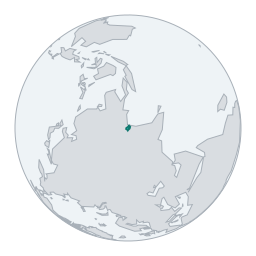 Dhaka on an orthographic globe, rotated 207°
{"feature_id": "BGD-1806", "entity_name": "Dhaka", "entity_type": "Division", "adm_level": 1, "iso_a3": "BGD", "parent_name": "Bangladesh", "parent_adm1": "", "projection": "orthographic", "projection_center": [90.348, 24.137], "detail": "fine", "context": "on_globe", "style": "filled", "palette": "teal", "viewbox_px": 256, "rotation_deg": 207, "n_neighbors": 0, "source": "natural_earth", "source_scale": "10m", "svg_char_len": 11287}
<svg xmlns="http://www.w3.org/2000/svg" viewBox="0 0 256 256"><g transform="rotate(207 128 128)"><circle cx="128" cy="128" r="113" fill="#eef3f6" stroke="#a8b0b8"/><path d="M169.7,23.4L174.2,26.1L179.0,28.7L175.3,27.1L186.7,33.5L191.4,37.5L184.0,32.0L181.7,30.8L183.8,32.9L181.8,32.2L181.7,32.9L179.2,32.0L175.1,29.2L173.4,28.7L175.0,30.2L173.5,30.5L171.4,28.3L168.5,28.7L161.1,24.8L157.6,20.8L151.4,19.1L142.3,16.4L141.0,16.4L136.8,15.8L133.7,15.7L132.9,15.5L131.2,15.6L132.6,15.8L132.3,15.9L130.6,16.0L129.2,15.7L129.9,15.6L128.6,15.6L127.7,15.6L126.2,15.4L125.2,15.7L122.0,15.7L121.7,15.6L125.0,15.4L125.9,15.4L134.9,15.6L143.8,16.5L152.6,18.1L161.3,20.4L169.7,23.4ZM182.9,30.9L181.5,29.8L183.5,31.1L182.9,30.9ZM182.2,33.2L183.2,33.8L182.7,34.0L182.2,33.2ZM178.4,32.8L177.3,33.0L177.7,32.2L178.4,32.8ZM176.2,32.8L173.6,33.7L175.6,35.0L168.4,32.2L173.0,32.1L173.2,30.9L174.5,32.1L176.2,32.8ZM133.7,15.8L132.2,15.6L135.0,15.8L133.7,15.8ZM135.6,16.0L144.5,16.9L145.9,17.5L142.6,16.9L145.7,17.8L141.9,17.6L139.4,17.1L139.3,16.7L138.0,16.9L135.6,16.0ZM164.9,30.6L163.6,30.5L164.1,30.1L164.9,30.6ZM132.4,16.0L134.0,16.1L135.4,16.5L132.2,16.5L132.8,16.4L132.4,16.0ZM148.3,18.3L148.7,18.8L145.8,18.7L145.6,18.9L142.0,17.7L148.3,18.3ZM131.7,16.3L130.6,16.6L128.5,16.5L130.8,16.1L131.7,16.3ZM137.0,16.7L137.5,16.9L136.2,16.8L137.0,16.7ZM120.3,16.6L122.3,16.4L123.2,16.6L120.3,16.6ZM130.4,16.7L131.1,16.8L131.7,16.9L130.5,17.0L130.4,16.7ZM140.2,17.8L138.9,17.7L141.5,18.2L139.4,18.4L137.4,17.6L137.4,18.0L136.8,18.0L135.8,17.4L140.2,17.8ZM131.1,17.6L127.8,17.0L123.9,17.1L123.0,16.9L129.4,16.8L131.1,17.6ZM133.9,17.5L132.0,17.5L131.9,17.1L133.2,16.9L133.9,17.5ZM138.8,18.8L142.5,18.8L142.8,19.0L138.8,18.8ZM130.0,17.7L130.8,17.9L129.7,17.8L130.0,17.7ZM136.1,18.5L137.4,18.4L137.7,18.6L136.1,18.5ZM131.4,18.4L130.3,18.1L131.2,17.9L131.4,18.4ZM133.6,18.5L133.7,18.8L132.1,18.0L134.1,18.4L133.6,18.5ZM136.2,18.7L136.8,18.8L135.6,18.7L136.2,18.7ZM128.8,19.4L126.6,18.5L128.5,18.0L130.4,18.9L128.8,19.4ZM30.7,71.3L37.1,63.8L36.0,67.1L39.6,71.5L39.5,73.2L35.8,77.5L35.9,89.0L39.8,86.2L43.1,94.2L47.4,96.9L54.7,88.3L47.7,83.6L49.7,78.2L57.9,77.9L64.6,82.6L65.6,80.6L64.1,74.2L68.4,72.1L63.9,71.8L63.7,74.3L60.9,74.3L60.9,72.1L62.4,71.3L61.2,69.4L54.3,74.0L53.3,77.0L48.5,74.9L46.3,79.9L44.0,81.0L46.7,73.1L48.6,70.9L51.3,61.5L48.9,63.5L46.2,72.6L45.8,71.3L42.6,74.6L44.7,71.0L48.4,61.0L45.8,59.4L37.7,65.0L37.3,63.9L39.1,60.4L46.8,52.2L47.0,55.6L49.8,53.2L53.9,48.2L53.6,49.8L55.3,48.3L55.8,49.6L60.6,47.9L61.7,49.0L67.5,45.2L68.8,45.5L65.0,47.5L62.9,49.8L66.2,53.3L67.9,53.0L71.5,50.4L71.9,51.9L74.9,48.9L78.7,50.0L76.6,46.4L80.6,43.8L85.1,43.0L86.0,41.6L78.8,43.0L76.3,44.2L74.7,46.2L67.5,49.6L65.5,49.1L71.7,43.5L69.5,42.5L75.2,39.0L91.2,36.7L95.9,37.6L95.3,44.6L91.9,45.6L90.5,43.5L88.2,47.9L90.1,46.3L90.5,47.7L94.5,46.0L94.9,46.9L98.0,43.8L99.0,44.8L97.0,46.7L103.8,45.5L106.9,47.2L108.2,46.5L108.7,45.3L112.4,48.6L113.2,47.9L112.3,46.6L113.3,44.5L116.5,42.3L117.6,43.5L116.6,44.5L116.1,48.7L113.2,51.3L114.0,51.7L116.8,49.7L117.4,44.5L119.0,42.9L119.2,45.2L119.3,44.2L120.4,43.8L122.6,44.6L122.6,42.1L133.8,37.1L139.1,38.6L138.0,41.0L147.0,39.9L152.3,42.4L151.5,41.0L155.2,40.0L153.6,39.2L153.5,38.5L162.4,36.4L165.3,37.1L168.2,35.4L167.8,34.8L165.8,34.0L168.4,32.2L175.6,35.0L176.2,36.1L180.3,37.4L181.1,40.1L183.7,43.1L182.1,45.8L184.3,48.2L185.6,48.5L189.6,52.2L193.0,59.7L184.2,52.5L177.9,42.6L180.0,46.3L177.7,45.3L177.3,46.5L178.9,49.4L180.2,49.9L173.6,54.5L173.8,63.0L178.2,62.1L181.6,64.5L185.7,75.0L180.3,90.5L184.9,95.1L185.7,98.3L182.8,100.6L181.6,95.9L178.0,94.5L177.8,91.6L172.8,94.3L172.2,90.4L168.6,94.6L170.8,97.6L175.4,96.5L172.5,102.3L178.2,107.4L179.6,114.0L172.8,126.5L164.6,130.7L164.3,132.8L160.6,130.6L156.4,135.0L163.6,146.5L163.6,149.9L156.5,156.7L156.2,154.2L146.6,148.3L145.2,156.4L152.5,162.8L155.0,170.4L149.5,168.2L146.9,161.5L143.5,159.3L144.2,152.3L140.8,141.8L135.3,143.8L135.4,139.5L129.9,130.7L121.8,133.1L109.1,143.5L107.8,154.1L103.3,158.2L96.7,142.1L96.1,131.4L92.2,131.8L86.7,121.9L72.8,118.2L72.2,115.1L69.3,115.7L65.6,111.7L65.1,106.8L62.2,106.1L63.9,119.1L67.1,119.9L71.6,116.5L71.3,120.8L75.0,125.7L66.2,133.6L47.8,136.2L48.2,128.0L45.9,102.5L47.2,100.4L47.3,100.1L47.4,99.6L44.9,102.9L45.2,98.0L44.1,114.9L42.9,121.5L47.5,136.6L46.5,137.5L48.7,141.0L58.3,141.5L57.9,144.0L52.0,154.2L40.6,165.2L43.4,176.4L44.8,184.8L40.6,187.3L43.9,194.2L42.2,194.7L44.0,198.3L44.3,200.7L43.6,201.8L39.3,197.5L36.8,194.0L31.1,185.3L22.2,166.1L20.8,159.8L19.4,153.5L16.6,136.8L17.0,130.0L16.9,126.0L16.2,124.8L16.3,119.9L16.1,118.7L16.0,116.3L17.1,108.4L18.7,100.7L20.9,93.0L23.7,85.6L26.9,78.3L30.7,71.3ZM30.6,72.1L29.5,73.9L30.6,72.1ZM69.3,92.8L74.7,95.4L76.2,88.4L78.5,88.9L78.2,86.5L76.3,87.9L76.2,81.5L79.9,80.8L81.3,78.1L79.5,77.1L72.6,79.5L72.8,88.5L69.9,90.5L69.3,92.8ZM64.2,40.0L63.0,41.5L60.9,42.7L59.5,42.1L62.6,40.2L64.2,40.0ZM61.9,43.3L68.4,38.4L69.5,38.8L67.7,39.3L67.8,40.1L65.1,41.2L59.8,46.8L57.6,48.3L56.2,45.9L57.9,45.8L59.0,44.2L61.9,43.3ZM82.9,27.8L85.7,26.4L84.5,29.0L82.0,30.1L80.5,29.3L82.5,27.7L82.9,27.8ZM117.2,16.0L118.4,15.8L118.8,15.8L118.1,15.9L117.2,16.0ZM116.4,16.0L115.3,16.1L116.2,16.1L120.9,15.9L127.4,15.7L128.3,16.1L127.3,16.4L125.9,16.5L125.7,16.2L124.0,16.5L122.6,16.2L121.2,16.5L112.6,16.8L113.5,16.6L107.4,17.5L107.3,17.3L111.3,16.7L107.3,17.3L116.4,16.0ZM114.7,23.9L115.1,22.8L111.4,24.9L110.0,24.0L109.6,24.3L107.4,24.1L104.0,24.5L103.9,24.0L102.6,24.4L101.1,24.4L99.3,24.8L98.4,24.2L96.2,24.7L97.0,24.1L93.4,25.3L95.7,24.2L94.0,24.3L92.7,25.3L92.2,22.2L90.3,22.2L87.4,23.0L91.7,21.4L97.2,19.8L102.5,18.7L103.8,19.1L105.5,18.5L106.6,18.6L104.8,19.0L108.3,18.4L108.7,18.6L113.5,18.6L118.2,17.9L120.1,18.0L118.4,18.4L121.4,18.3L119.6,19.2L120.9,19.4L120.3,20.6L116.4,21.6L118.2,21.7L117.8,22.9L114.7,23.9ZM128.5,19.7L124.2,20.7L121.3,20.8L123.4,18.7L122.5,18.4L123.7,17.3L127.9,17.3L127.2,17.6L127.4,17.8L126.0,17.7L127.3,18.0L126.3,18.5L127.1,18.9L125.5,19.1L128.5,19.7ZM41.4,72.2L41.7,73.1L42.6,73.9L40.6,76.1L41.4,72.2ZM43.7,65.4L44.3,65.6L41.8,68.8L41.5,68.1L43.7,65.4ZM46.7,63.2L44.5,65.4L45.5,63.7L46.7,63.2ZM65.7,47.7L66.6,48.0L65.8,48.7L64.4,49.4L65.7,47.7ZM103.4,31.0L104.1,30.0L104.8,30.0L108.1,28.3L109.4,29.0L107.9,30.3L103.4,31.0ZM52.3,89.1L49.9,90.1L49.8,88.8L50.6,88.7L52.3,89.1ZM44.0,82.8L44.9,85.5L43.5,83.4L44.0,82.8ZM105.3,31.4L106.5,30.6L106.4,31.5L105.3,31.4ZM110.5,29.5L110.7,30.4L109.9,28.9L110.5,29.5ZM100.8,233.5L103.0,234.4L101.2,234.1L100.8,233.5ZM58.3,189.1L58.0,201.8L54.2,200.3L51.5,195.7L50.3,187.5L54.2,186.7L55.5,183.4L58.3,189.1ZM181.2,184.9L184.2,184.9L184.0,185.4L181.2,184.9ZM178.1,183.8L181.6,183.5L177.4,184.9L178.1,183.8ZM182.9,183.3L186.5,181.9L188.0,180.9L187.7,181.9L182.9,183.3ZM175.7,184.1L162.4,185.3L157.0,184.4L158.3,182.7L167.0,182.5L175.7,184.1ZM157.9,182.6L149.6,178.2L137.7,163.9L141.9,164.1L154.3,172.6L153.5,174.1L158.6,177.8L157.9,182.6ZM177.7,172.0L176.9,176.6L169.6,176.9L166.2,176.5L163.9,170.9L165.2,167.8L168.0,167.7L178.4,156.4L182.1,158.5L179.0,163.2L182.0,166.8L177.7,172.0ZM108.3,155.1L111.1,161.6L108.5,162.4L108.3,155.1ZM182.3,148.6L178.3,153.7L181.8,147.2L182.3,148.6ZM184.2,142.6L184.6,144.9L182.7,142.9L184.2,142.6ZM164.5,136.1L161.6,136.8L161.3,135.2L164.9,133.2L164.5,136.1ZM180.7,119.7L181.2,124.6L180.9,126.4L179.2,123.6L180.7,119.7ZM117.9,38.3L111.9,39.6L108.5,41.5L107.8,43.8L106.2,41.3L111.5,38.4L117.9,38.3ZM131.7,37.0L132.2,35.3L133.7,35.9L133.8,36.4L131.7,37.0ZM130.8,36.1L128.3,34.4L129.7,33.4L131.4,34.9L130.8,36.1ZM116.6,32.4L114.7,32.6L114.9,31.9L116.6,32.4ZM195.4,217.6L197.4,215.4L200.2,213.8L197.3,216.4L195.4,217.6ZM191.0,211.4L170.8,220.4L166.9,220.4L169.0,218.0L167.5,211.3L168.9,211.3L169.3,206.4L181.8,200.0L191.2,189.7L196.9,189.0L202.0,181.4L207.5,180.4L205.1,186.0L210.0,187.6L215.4,174.8L216.4,185.7L218.5,188.2L216.7,194.7L205.2,209.0L200.5,212.8L200.5,212.1L198.3,213.9L196.3,214.5L196.9,211.6L194.7,213.2L197.7,210.0L194.1,213.2L193.8,211.3L191.0,211.4ZM229.5,175.5L229.8,175.3L229.6,176.5L229.2,177.0L229.5,175.5ZM233.5,166.2L233.5,166.7L233.3,167.2L233.5,166.2ZM233.4,166.2L233.9,164.7L233.6,165.9L233.4,166.2ZM232.8,161.8L233.2,160.9L233.3,161.2L232.8,161.8ZM188.6,184.2L192.9,180.1L195.0,179.4L188.6,184.2ZM232.6,160.8L231.9,161.3L232.0,160.5L232.6,160.8ZM232.9,159.2L232.9,158.3L233.1,160.1L232.9,159.2ZM231.6,158.2L232.4,159.2L231.5,158.5L231.6,158.2ZM231.0,158.9L230.3,158.6L230.4,158.3L231.0,158.9ZM221.4,165.2L224.2,169.3L221.6,170.4L218.8,168.2L215.9,172.5L209.8,174.0L211.4,171.5L210.8,168.6L204.1,169.2L202.8,167.4L205.3,165.4L200.7,164.9L205.7,162.7L207.7,166.5L210.5,162.4L215.0,161.8L219.2,161.8L222.3,163.6L221.4,165.2ZM205.5,172.1L206.3,171.9L205.5,173.3L205.5,172.1ZM229.0,157.2L230.0,158.6L229.8,159.1L229.3,159.2L229.0,157.2ZM223.0,162.6L226.4,157.6L227.2,157.3L224.9,162.3L223.0,162.6ZM225.7,155.7L227.2,155.5L227.9,157.1L227.5,157.8L225.7,155.7ZM195.1,170.5L194.9,171.7L193.5,171.1L195.1,170.5ZM196.9,169.5L201.0,169.9L196.5,170.5L196.9,169.5ZM184.0,167.5L185.3,170.2L189.3,167.7L186.3,170.8L188.9,175.0L187.9,176.8L185.3,172.3L184.2,177.6L182.4,177.7L181.5,173.5L183.4,167.8L185.2,165.3L192.4,163.2L184.0,167.5ZM197.0,166.0L195.9,162.9L196.7,160.6L197.9,162.1L197.0,166.0ZM192.4,155.5L189.2,152.1L186.5,154.1L191.8,147.7L194.0,152.0L192.4,155.5ZM189.4,147.4L186.9,149.1L189.3,145.5L189.4,147.4ZM186.1,147.9L185.6,145.2L187.7,145.3L186.1,147.9ZM190.7,147.3L190.9,142.6L192.1,145.1L190.7,147.3ZM184.3,139.2L189.1,143.1L183.1,142.0L182.0,133.1L184.5,132.5L184.3,139.2ZM192.2,101.0L191.1,98.5L193.1,97.6L193.3,99.5L192.2,101.0ZM198.5,93.1L193.3,96.6L188.9,99.7L190.7,100.6L190.5,105.1L187.3,101.5L189.7,96.2L193.2,94.6L192.9,91.0L194.9,88.1L193.1,83.9L193.7,81.8L196.4,85.3L198.5,93.1ZM192.2,82.1L189.8,74.6L193.9,75.0L195.4,76.7L194.7,79.9L192.6,79.5L192.2,82.1ZM190.5,73.0L188.4,72.7L180.6,62.8L179.9,60.9L188.0,68.1L186.5,68.2L187.7,70.7L190.5,73.0ZM164.5,31.2L163.7,30.6L165.0,31.0L164.5,31.2ZM152.5,38.1L152.6,37.2L154.1,37.5L152.5,38.1ZM153.6,35.1L151.8,35.3L153.2,34.5L153.6,35.1ZM148.1,35.9L150.9,35.1L148.8,36.6L148.1,35.9Z" fill="#d9dde1" stroke="#a8b0b8" stroke-width="1"/><path d="M127.0,125.5L127.6,125.9L127.9,125.9L128.0,126.0L128.3,126.0L128.5,126.0L128.8,126.0L129.0,126.0L129.0,126.3L129.1,126.5L129.4,126.5L129.4,126.8L129.5,126.9L129.6,127.0L129.5,127.3L129.6,127.5L129.4,127.8L129.2,127.9L129.2,128.0L129.1,128.3L129.0,128.5L128.9,128.5L128.7,128.6L128.7,128.8L128.7,129.0L128.8,129.0L128.7,129.0L128.5,129.3L128.4,129.2L128.5,129.1L128.4,129.0L128.2,129.1L128.3,129.1L128.4,129.3L128.4,129.5L128.0,129.4L127.9,129.4L128.1,129.5L128.3,129.6L128.5,129.7L128.5,129.8L128.4,129.8L128.5,129.8L128.5,130.0L128.4,130.1L128.2,130.1L127.9,130.1L128.0,130.2L127.9,130.2L127.9,130.3L127.8,130.2L127.7,130.1L127.5,130.3L127.4,130.4L127.4,130.5L127.2,130.5L127.2,130.4L127.0,130.2L126.9,130.2L126.9,129.9L126.7,129.8L126.7,129.7L126.8,129.7L126.7,129.7L126.7,129.3L126.6,129.2L126.5,129.3L126.5,129.2L126.4,129.1L126.3,128.9L126.2,128.9L126.2,128.6L126.2,128.4L126.3,128.5L126.5,128.6L126.8,128.6L126.8,128.4L127.0,128.2L127.1,127.9L127.0,127.7L126.9,127.7L126.9,127.4L127.0,127.3L127.0,127.2L127.0,126.9L126.9,126.7L126.8,126.4L126.8,126.2L126.9,125.9L126.9,125.7L127.0,125.6L127.0,125.5ZM128.3,129.6L128.2,129.6L128.3,129.5L128.3,129.6Z" fill="#14b8a6" stroke="#0f766e" stroke-width="1.5"/></g></svg>